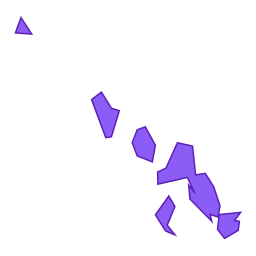 an SVG outline of Western
{"feature_id": "SLB-3507", "entity_name": "Western", "entity_type": "Province", "adm_level": 1, "iso_a3": "SLB", "parent_name": "Solomon Islands", "parent_adm1": "", "projection": "equal_earth", "projection_center": [157.155, -7.826], "detail": "coarse", "context": "isolated", "style": "filled", "palette": "violet", "viewbox_px": 256, "rotation_deg": 0, "n_neighbors": 0, "source": "natural_earth", "source_scale": "10m", "svg_char_len": 726}
<svg xmlns="http://www.w3.org/2000/svg" viewBox="0 0 256 256"><path d="M210.0,214.5L211.8,221.3L189.9,199.0L188.7,185.1L194.9,193.1L187.3,177.4L157.9,184.2L157.6,172.0L166.0,168.1L177.4,142.7L192.5,146.1L195.6,174.9L205.3,173.4L213.7,186.8L220.0,205.7L218.1,217.0L210.0,214.5ZM119.3,110.7L111.4,136.8L105.8,137.7L91.6,99.6L101.4,92.1L111.5,108.3L119.3,110.7ZM152.3,161.9L137.2,155.9L132.2,142.7L137.2,129.8L145.3,126.8L155.4,145.3L152.3,161.9ZM219.3,214.5L240.6,212.4L234.5,220.5L239.4,221.3L238.2,230.4L224.6,238.4L217.5,229.3L219.3,214.5ZM174.9,206.6L167.2,225.2L174.9,234.8L165.6,231.0L155.4,214.9L168.8,196.0L174.9,206.6ZM21.0,17.6L31.7,34.1L15.4,32.9L21.0,17.6Z" fill="#8b5cf6" stroke="#5b21b6" stroke-width="1.5"/></svg>